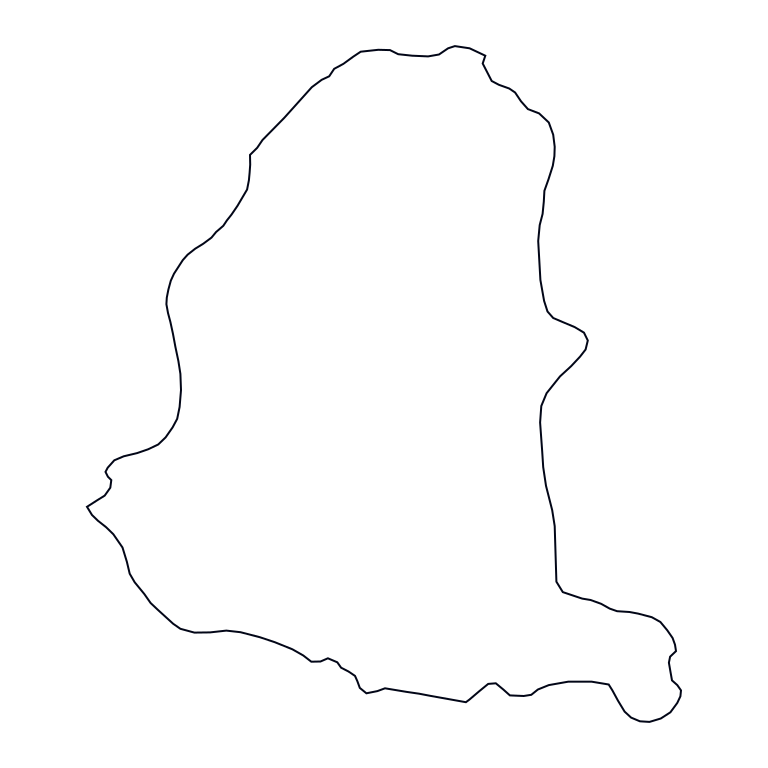 outline of Ndolou, Ngounié, Gabon
{"feature_id": "22940354B46648613640917", "entity_name": "Ndolou", "entity_type": "district", "adm_level": 2, "iso_a3": "GAB", "parent_name": "Gabon", "parent_adm1": "Ngounié", "projection": "mercator", "projection_center": [10.279, -1.522], "detail": "fine", "context": "isolated", "style": "outline", "palette": "ink", "viewbox_px": 768, "rotation_deg": 0, "n_neighbors": 0, "source": "geoboundaries", "source_scale": "gbopen_adm2", "svg_char_len": 2333}
<svg xmlns="http://www.w3.org/2000/svg" viewBox="0 0 768 768"><path d="M676.0,651.1L675.0,644.7L672.6,638.0L667.2,630.2L660.4,622.0L651.8,617.2L638.1,613.6L629.5,612.0L617.1,611.2L609.7,608.6L601.1,603.8L590.6,600.0L582.2,598.6L574.4,596.0L562.8,592.1L556.4,581.7L554.7,526.1L552.2,510.2L546.0,485.8L543.2,467.1L542.2,451.5L540.1,422.5L541.3,406.0L546.6,393.2L560.0,376.4L571.2,366.1L580.0,356.7L585.6,349.5L587.8,340.5L584.0,332.7L574.7,327.1L562.8,322.1L553.2,318.0L547.5,311.5L544.1,300.9L540.4,280.0L538.2,241.0L539.7,225.1L542.6,213.9L543.8,201.7L544.4,190.8L548.5,179.3L552.8,165.8L554.4,156.2L554.7,146.8L553.2,134.7L548.8,122.5L539.1,113.4L527.9,109.1L521.0,101.3L515.1,92.5L509.2,88.5L498.9,84.8L491.7,81.0L482.7,63.5L485.3,55.7L469.6,48.3L454.9,46.1L448.1,48.3L439.0,54.5L428.1,56.4L412.2,55.7L398.2,54.2L390.0,50.1L378.2,49.8L360.7,51.7L353.2,56.7L343.3,63.9L334.2,68.8L329.2,76.3L321.7,79.8L311.8,87.2L284.3,117.8L262.5,140.0L257.2,147.8L250.0,154.9L250.2,164.7L249.6,172.9L248.9,180.3L247.1,189.5L237.5,205.8L231.5,214.6L226.9,220.4L223.3,225.8L216.1,232.0L211.5,237.6L203.3,243.7L195.2,248.7L187.6,254.7L182.8,260.1L174.0,273.7L170.8,280.7L168.4,289.5L166.8,297.6L166.4,304.2L168.0,313.0L170.4,322.0L173.0,334.0L175.4,346.9L178.4,361.1L180.4,373.9L181.0,390.1L179.6,407.0L177.2,418.8L172.6,427.4L165.6,437.4L158.2,444.5L148.1,449.3L137.1,453.1L123.7,456.3L114.3,460.3L107.7,467.7L105.5,471.9L107.9,476.7L111.3,480.1L110.3,487.7L104.7,495.6L97.0,500.4L87.0,506.8L92.0,515.0L98.0,520.8L106.1,527.2L113.3,534.2L122.5,547.5L126.9,561.9L129.7,573.7L134.7,582.3L144.3,594.0L150.6,603.0L157.6,609.6L173.2,623.8L180.4,628.8L194.4,632.6L210.1,632.4L226.3,630.6L240.5,632.2L259.8,637.2L274.8,642.2L292.4,649.3L303.3,655.5L311.3,661.7L320.5,661.5L327.9,658.3L337.3,662.3L341.1,667.7L348.5,671.5L355.0,675.9L357.4,681.3L359.8,687.9L366.4,693.3L377.4,691.1L385.0,688.3L406.7,691.9L419.1,693.7L430.1,695.8L465.9,702.2L469.4,699.6L479.4,691.1L488.2,683.9L495.8,683.3L503.3,689.5L509.9,695.4L523.7,696.0L531.3,694.8L537.9,689.5L548.8,685.1L568.1,681.7L591.8,681.7L608.7,684.5L612.4,690.4L618.0,700.7L624.6,711.6L631.1,717.6L639.9,721.3L649.5,721.9L660.8,718.5L670.4,712.3L677.3,702.9L680.4,696.3L681.0,690.4L677.3,685.1L672.0,680.4L670.4,671.4L668.9,662.7L670.1,656.7L676.0,651.1Z" fill="none" stroke="#020617" stroke-width="2"/></svg>